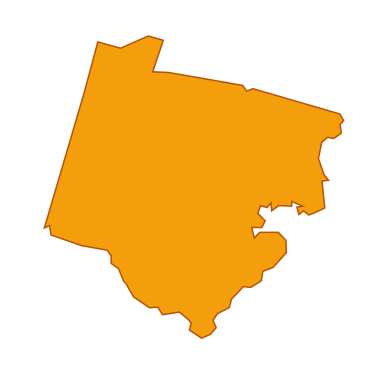 the district of Avoyelles, Louisiana, United States of America, rotated 106°
{"feature_id": "52423323B56288271705093", "entity_name": "Avoyelles", "entity_type": "district", "adm_level": 2, "iso_a3": "USA", "parent_name": "United States of America", "parent_adm1": "Louisiana", "projection": "albers", "projection_center": [-91.961, 31.096], "detail": "fine", "context": "isolated", "style": "filled", "palette": "amber", "viewbox_px": 384, "rotation_deg": 106, "n_neighbors": 0, "source": "geoboundaries", "source_scale": "gbopen_adm2", "svg_char_len": 1079}
<svg xmlns="http://www.w3.org/2000/svg" viewBox="0 0 384 384"><g transform="rotate(106 192 192)"><path d="M267.2,324.0L263.6,319.6L272.2,315.7L274.0,283.2L271.3,257.6L275.7,252.1L283.0,250.0L285.9,241.5L296.8,232.9L298.0,230.5L308.9,219.3L315.0,201.1L312.2,193.1L318.1,186.5L310.9,171.1L315.3,160.8L318.4,156.5L325.4,156.5L329.9,142.5L323.7,135.1L315.8,131.4L309.6,136.4L302.0,134.1L292.8,124.3L284.1,124.5L268.8,116.5L267.4,109.1L258.2,100.9L248.8,102.0L242.1,93.2L224.2,84.6L212.6,88.4L207.0,97.9L212.1,115.8L218.9,119.4L209.6,124.8L207.0,115.1L199.6,113.7L194.5,122.8L186.3,122.3L186.2,115.5L180.7,113.1L188.1,110.2L181.2,104.9L178.1,92.3L173.6,93.4L175.1,81.6L177.7,87.0L184.2,83.1L179.4,79.4L181.9,73.5L178.9,69.2L170.8,60.0L145.6,70.0L143.1,64.0L139.0,69.9L125.0,79.7L108.5,81.0L102.1,76.9L101.4,70.4L94.3,64.7L86.4,68.2L81.5,65.9L76.3,71.3L75.9,162.0L79.9,167.3L75.6,172.7L76.5,180.8L78.8,203.0L83.6,247.6L87.3,262.9L54.1,261.4L54.1,277.0L73.5,300.4L73.7,323.9L85.1,323.7L125.3,323.0L169.3,323.3L267.2,324.0Z" fill="#f59e0b" stroke="#b45309" stroke-width="1.5"/></g></svg>